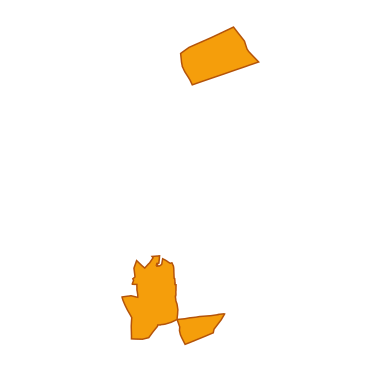 the district of Tlacolula de Matamoros, Oaxaca, Mexico, rotated 250°
{"feature_id": "50627088B27692597890470", "entity_name": "Tlacolula de Matamoros", "entity_type": "district", "adm_level": 2, "iso_a3": "MEX", "parent_name": "Mexico", "parent_adm1": "Oaxaca", "projection": "robinson", "projection_center": [-96.437, 16.857], "detail": "fine", "context": "isolated", "style": "filled", "palette": "amber", "viewbox_px": 384, "rotation_deg": 250, "n_neighbors": 0, "source": "geoboundaries", "source_scale": "gbopen_adm2", "svg_char_len": 3222}
<svg xmlns="http://www.w3.org/2000/svg" viewBox="0 0 384 384"><g transform="rotate(250 192 192)"><path d="M146.5,116.5L140.3,111.4L133.7,109.9L131.8,109.4L131.5,109.1L130.7,106.7L129.0,106.9L127.5,105.7L127.2,105.4L126.1,104.5L125.8,104.5L125.8,104.4L125.7,104.4L124.9,106.3L124.0,108.6L122.1,107.9L120.8,107.5L119.8,107.1L118.6,106.7L117.1,106.5L116.8,106.4L116.6,106.4L116.1,106.3L114.7,106.0L114.0,105.9L111.6,105.0L112.5,103.5L113.0,102.8L114.2,101.0L115.4,99.2L115.9,96.6L116.0,96.4L117.3,90.4L116.5,90.2L115.3,90.2L114.0,90.1L109.7,90.3L109.4,90.3L107.3,90.5L104.7,90.8L104.4,90.8L102.4,91.1L99.1,91.7L97.4,92.0L94.6,92.4L94.3,92.3L91.6,91.1L86.9,89.1L85.5,88.6L84.0,88.1L82.2,87.5L80.1,86.8L79.0,86.4L78.3,86.2L77.7,86.0L74.7,84.9L73.3,88.2L73.1,88.7L70.6,95.1L69.9,101.5L73.8,107.3L74.1,107.8L74.3,108.1L77.4,113.3L77.6,113.6L78.7,114.3L78.5,114.8L78.5,115.1L78.4,115.3L78.3,115.5L78.2,115.9L78.1,116.1L78.1,116.3L78.0,116.5L77.9,116.7L77.9,116.9L78.0,117.3L77.9,117.5L77.9,117.8L77.8,118.2L77.8,118.3L77.7,118.4L77.7,118.5L77.6,118.8L77.6,119.1L77.5,119.3L77.5,119.5L77.4,119.7L77.4,119.8L77.3,120.0L77.3,120.3L77.2,120.5L77.2,120.8L77.1,121.4L77.0,121.7L77.0,122.1L77.0,122.3L77.0,122.5L77.0,122.8L76.9,123.2L76.9,123.7L76.9,124.3L76.9,124.6L76.8,125.0L76.8,125.8L76.8,126.5L76.7,127.1L76.7,127.7L76.7,127.8L77.3,134.4L69.4,134.3L66.0,132.8L61.8,132.3L58.7,132.5L51.2,133.4L51.3,138.0L51.6,145.6L52.0,155.6L52.1,157.3L52.4,163.1L52.4,163.8L55.5,165.7L61.9,175.7L66.2,180.9L66.6,180.4L68.0,174.8L67.8,174.7L69.3,167.5L72.4,156.5L73.0,153.0L74.6,146.5L75.1,143.4L75.4,141.7L77.3,134.4L79.0,135.1L82.2,136.7L84.8,137.8L86.0,138.4L89.7,139.2L91.9,139.6L95.2,139.6L95.6,139.7L95.9,139.8L96.0,139.8L96.6,140.0L97.0,140.0L97.3,140.1L97.5,140.2L97.8,140.3L98.4,140.4L98.8,140.4L99.3,140.6L99.9,140.8L99.9,141.2L100.7,141.6L100.8,141.6L101.1,141.8L102.0,142.1L102.4,142.2L104.6,143.0L105.0,143.3L105.6,143.5L106.9,144.0L107.0,144.0L108.5,144.6L110.3,145.3L110.8,144.4L112.1,144.9L112.2,144.7L112.6,144.9L112.7,145.0L112.8,145.0L113.0,145.2L113.3,145.2L114.3,145.5L114.9,145.7L116.6,146.1L116.9,145.7L117.4,145.8L118.7,146.2L123.7,147.8L124.2,148.0L126.4,148.7L127.2,148.9L128.2,149.1L129.0,149.2L129.7,149.1L131.2,149.0L132.3,148.9L132.4,148.0L132.4,147.2L134.0,145.9L135.8,144.7L137.2,143.6L139.3,141.6L136.0,139.7L134.4,138.8L133.7,136.7L133.7,136.2L134.2,134.0L134.8,134.7L135.2,134.8L135.6,134.5L135.6,133.7L136.9,134.5L136.5,136.5L137.5,137.0L139.9,138.2L141.3,138.9L141.7,139.0L141.8,139.1L142.5,139.4L143.1,139.7L143.4,138.8L143.4,138.5L143.5,138.3L143.5,138.0L143.6,137.6L143.7,137.3L143.8,137.2L144.0,136.4L145.1,132.4L143.5,132.9L139.8,127.8L139.3,126.5L136.7,121.6L139.8,119.8L146.5,116.5ZM332.8,287.4L330.5,262.8L329.4,245.7L328.9,238.7L327.6,234.0L326.1,228.7L323.7,228.1L319.3,227.0L317.8,226.6L314.8,226.1L313.9,226.0L313.2,225.8L311.6,226.0L309.9,226.1L307.3,226.4L301.5,227.7L298.0,228.4L292.6,228.9L292.5,236.9L292.3,248.1L292.1,257.6L292.0,262.3L291.8,276.3L291.7,280.3L291.6,285.7L291.6,289.5L291.5,292.5L291.4,299.1L294.8,297.6L298.6,295.9L304.6,293.3L305.4,293.1L307.6,292.6L310.8,292.7L315.8,292.9L319.0,291.9L326.2,289.5L332.8,287.4Z" fill="#f59e0b" stroke="#b45309" stroke-width="1.5"/></g></svg>